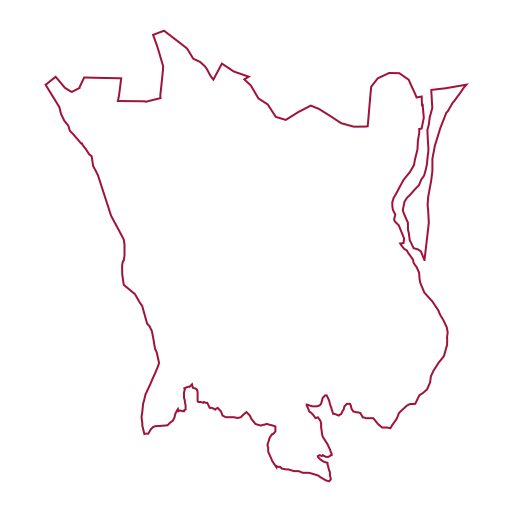 Dayrut, Asyut, Egypt
{"feature_id": "37247803B43857760448777", "entity_name": "Dayrut", "entity_type": "district", "adm_level": 2, "iso_a3": "EGY", "parent_name": "Egypt", "parent_adm1": "Asyut", "projection": "robinson", "projection_center": [30.795, 27.538], "detail": "fine", "context": "isolated", "style": "outline", "palette": "rose", "viewbox_px": 512, "rotation_deg": 0, "n_neighbors": 0, "source": "geoboundaries", "source_scale": "gbopen_adm2", "svg_char_len": 5719}
<svg xmlns="http://www.w3.org/2000/svg" viewBox="0 0 512 512"><path d="M415.2,403.9L417.3,399.5L419.4,395.2L422.8,393.1L427.0,389.5L430.1,382.4L430.9,376.3L433.5,370.7L438.7,362.6L443.9,356.2L447.1,344.8L447.2,339.8L447.0,337.4L447.7,332.5L446.8,327.4L444.8,323.1L443.0,319.5L440.1,314.7L439.3,312.8L438.3,310.3L435.1,305.6L432.5,301.6L429.9,298.7L426.6,295.1L424.3,292.5L420.3,282.8L420.3,282.6L420.2,282.4L420.1,281.8L419.5,278.6L419.1,272.7L417.2,268.4L416.7,267.2L414.9,264.9L413.6,262.8L413.1,259.9L410.4,255.9L408.4,253.3L406.8,250.4L404.2,248.9L401.6,245.7L400.2,243.5L403.5,243.1L404.1,238.5L398.8,225.4L395.3,221.9L394.6,221.0L394.1,219.4L395.3,214.6L392.9,209.9L392.4,206.7L392.3,203.7L392.3,202.2L393.7,197.7L395.7,194.5L399.4,187.5L403.6,179.8L406.1,176.7L409.8,172.2L412.1,168.3L414.0,165.0L414.9,159.7L417.5,149.3L417.9,140.6L419.3,132.6L419.2,129.0L421.6,128.6L423.8,117.8L422.7,105.0L422.0,105.2L421.9,103.1L421.7,96.5L419.9,96.8L419.4,96.9L416.8,97.5L416.6,97.5L414.8,93.2L412.7,88.6L411.6,86.3L408.6,79.6L405.9,77.8L399.3,73.2L389.1,73.0L377.8,78.3L377.4,78.8L371.2,86.7L371.1,87.7L370.3,96.1L369.3,107.9L367.7,126.3L365.1,126.6L362.6,126.6L353.9,126.7L341.2,123.2L330.4,116.1L329.6,115.6L318.9,108.9L310.8,105.6L298.4,112.0L297.6,112.5L285.8,119.9L275.8,116.9L267.7,104.4L258.4,98.4L251.2,86.1L250.8,85.4L244.3,79.4L248.7,76.7L235.2,72.0L233.6,71.4L221.9,63.6L213.4,79.6L210.9,76.4L210.3,75.6L207.6,70.4L206.7,68.8L204.7,66.1L200.2,62.0L197.3,60.6L193.3,58.8L187.6,49.4L187.0,48.5L185.7,47.4L164.0,30.7L153.8,34.6L153.1,34.9L157.0,45.7L158.9,51.8L163.1,66.1L163.0,68.6L163.0,69.3L162.3,76.7L160.3,95.5L160.5,98.1L151.6,100.3L145.7,101.8L144.6,101.3L117.9,101.0L119.0,95.5L119.6,91.1L121.2,78.3L105.1,78.0L84.2,77.5L79.6,87.1L79.6,87.9L71.9,91.9L70.3,91.2L66.8,89.0L65.0,87.9L59.2,81.0L55.6,76.8L45.6,84.8L59.4,107.2L61.0,113.9L64.3,120.7L68.3,125.7L69.9,130.8L73.1,134.1L81.1,143.4L81.9,143.4L82.7,145.1L86.0,149.3L89.2,154.4L91.6,156.1L91.8,157.4L93.2,166.2L96.4,172.1L98.0,175.4L111.1,215.8L118.3,229.2L123.7,239.4L124.5,244.5L124.5,253.7L124.5,255.4L123.8,260.5L122.9,261.3L122.1,265.5L122.2,270.6L122.2,273.9L123.0,279.8L123.8,284.9L135.0,294.2L139.8,302.6L142.2,306.0L147.1,323.6L148.1,324.7L149.5,326.2L151.9,331.2L153.5,339.6L154.3,344.6L155.1,348.9L156.7,352.3L159.1,363.2L157.5,367.4L155.1,373.3L153.5,376.7L149.5,385.9L147.1,391.0L145.5,394.4L143.9,401.1L143.1,403.6L142.3,412.0L141.5,417.1L142.3,423.0L142.3,425.5L143.1,428.9L143.9,432.2L144.4,434.0L145.0,433.7L148.3,433.7L150.7,429.5L153.1,427.0L155.5,426.1L157.9,426.1L167.5,425.3L169.9,422.8L172.3,421.1L173.1,420.3L174.7,416.9L174.7,416.0L175.5,413.5L176.3,411.8L177.9,409.1L178.4,411.2L180.0,410.4L182.4,411.2L184.0,411.2L184.0,410.4L185.6,409.5L185.6,407.0L185.6,405.3L184.8,402.0L184.8,400.3L184.0,397.8L184.0,396.9L184.0,395.2L184.0,392.7L184.8,389.3L184.3,388.3L188.0,386.8L189.6,386.8L192.0,384.3L192.8,387.7L195.2,388.5L196.2,389.0L196.8,389.4L197.6,391.9L197.6,392.7L197.6,394.4L197.6,396.9L197.6,401.1L198.4,402.0L200.8,402.0L203.2,402.8L204.0,402.0L205.6,402.8L207.2,402.8L208.1,404.5L208.9,406.2L209.7,407.9L210.5,407.9L212.1,407.9L215.3,409.6L216.1,408.7L217.7,407.9L218.5,408.7L219.7,410.1L220.9,411.3L222.5,415.5L224.2,416.4L225.7,417.2L228.9,417.2L233.7,417.2L237.7,418.0L240.9,417.2L241.7,416.4L243.3,414.7L245.1,413.2L246.5,412.1L249.8,415.5L251.4,418.9L255.4,423.9L257.8,424.8L261.0,425.6L262.6,424.8L264.2,424.8L266.6,423.9L269.8,424.8L273.0,425.6L275.4,426.5L275.4,427.3L275.4,428.2L275.4,429.9L275.4,431.5L273.0,434.1L272.2,434.1L269.8,437.4L268.2,442.5L267.4,445.0L268.2,447.5L268.2,451.7L271.7,459.7L272.2,461.0L276.2,466.9L276.2,465.2L277.0,466.9L280.2,466.9L281.8,468.6L283.8,469.0L285.9,469.4L288.3,469.4L293.9,471.1L298.7,471.1L302.7,472.8L309.1,472.8L317.9,475.4L320.3,477.1L325.9,480.4L329.1,481.3L330.7,479.6L330.8,478.8L329.9,475.4L329.9,472.0L329.1,470.3L328.3,467.0L327.5,464.4L327.5,462.8L324.3,461.9L322.7,461.1L320.3,459.4L317.9,456.9L317.9,456.0L319.5,455.2L321.9,456.0L322.7,455.2L325.9,456.9L326.7,456.9L328.3,456.9L329.9,456.0L330.7,455.2L331.6,455.2L331.6,453.5L330.7,451.8L329.9,449.3L327.5,444.2L322.7,436.7L321.9,433.3L321.9,432.4L321.1,427.4L321.1,425.7L321.1,423.2L320.3,420.7L317.9,417.3L315.5,418.1L313.1,414.8L311.5,413.1L309.1,411.4L308.3,408.8L306.7,405.5L306.7,404.6L312.3,406.3L317.1,406.3L319.5,405.5L321.1,403.8L322.7,397.9L323.5,397.1L325.1,395.4L326.7,395.4L327.5,397.1L329.1,400.5L329.9,403.8L330.7,406.4L331.5,408.0L331.5,408.9L333.2,413.9L334.8,413.9L338.8,415.6L339.6,414.8L341.2,414.0L342.8,410.6L343.6,409.7L344.4,406.4L346.0,404.7L346.7,403.9L346.8,403.9L350.0,403.9L350.8,405.5L351.6,408.9L353.2,411.4L356.4,412.3L358.0,412.3L360.4,413.1L362.8,417.4L363.6,417.4L366.0,418.2L367.6,418.2L368.4,418.2L373.2,418.2L378.1,424.1L382.1,427.5L383.7,427.5L384.9,427.5L386.1,427.5L386.9,427.5L390.4,428.2L391.7,425.8L394.1,422.5L396.5,419.1L397.3,417.4L398.9,413.2L400.5,411.5L406.9,405.6L408.5,404.8L410.1,404.0L411.4,404.0L412.5,404.0L413.9,403.9L415.2,403.9ZM424.4,260.0L424.5,260.0L428.8,222.9L428.2,211.0L427.6,204.8L428.2,196.7L431.2,180.5L432.4,171.1L432.4,158.7L434.9,145.6L440.3,128.1L446.3,112.8L447.9,111.1L450.3,106.9L452.7,102.7L454.3,101.0L456.7,97.6L459.9,93.4L463.9,87.5L466.4,84.7L462.8,85.3L445.4,88.3L431.3,89.9L431.4,93.0L431.5,94.4L432.0,102.8L432.3,107.9L431.4,111.3L429.7,117.4L428.8,124.6L427.4,129.9L427.8,139.3L428.4,148.3L428.3,151.7L427.6,157.0L426.9,164.5L425.8,169.5L424.1,175.6L421.4,179.4L418.9,185.3L415.7,188.5L410.2,194.7L406.9,197.9L404.5,201.7L402.8,210.2L403.6,212.8L405.7,217.8L407.9,222.6L408.0,229.7L408.8,233.1L409.7,240.0L413.6,248.2L418.0,249.4L421.0,251.5L421.8,253.6L424.4,260.0Z" fill="none" stroke="#9f1239" stroke-width="2"/></svg>